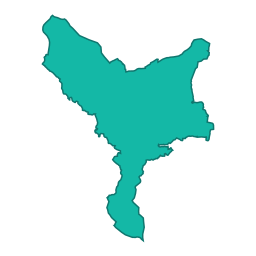 outline of Pringsewu, Lampung, Indonesia
{"feature_id": "22746128B80903663444835", "entity_name": "Pringsewu", "entity_type": "district", "adm_level": 2, "iso_a3": "IDN", "parent_name": "Indonesia", "parent_adm1": "Lampung", "projection": "mercator", "projection_center": [104.953, -5.369], "detail": "fine", "context": "isolated", "style": "filled", "palette": "teal", "viewbox_px": 256, "rotation_deg": 0, "n_neighbors": 0, "source": "geoboundaries", "source_scale": "gbopen_adm2", "svg_char_len": 5807}
<svg xmlns="http://www.w3.org/2000/svg" viewBox="0 0 256 256"><path d="M60.8,19.1L57.7,17.7L54.2,16.8L52.5,15.4L51.1,16.6L50.1,18.8L45.9,22.7L43.8,25.0L43.0,27.0L42.8,30.0L43.5,32.0L47.1,35.8L49.1,39.5L49.6,42.4L49.4,45.7L48.2,52.9L48.1,54.7L46.5,54.5L45.9,54.9L45.6,56.3L44.9,56.6L44.2,57.3L44.7,58.8L44.7,60.5L44.2,61.8L43.1,62.9L42.4,64.0L43.9,65.3L44.8,65.6L44.9,66.3L46.6,67.8L47.7,69.1L49.1,70.1L49.2,70.4L49.4,70.4L49.8,71.1L50.8,71.3L52.8,72.6L55.0,74.9L56.6,76.8L57.0,76.8L58.2,77.4L58.8,78.3L59.7,78.6L60.2,79.1L59.6,79.8L59.6,80.5L59.7,81.2L61.1,82.4L61.9,83.5L61.9,86.9L61.7,87.6L61.7,88.5L62.7,90.2L63.1,92.7L63.6,93.8L64.4,94.0L65.5,94.0L66.1,94.3L67.6,96.1L68.0,97.4L68.0,98.4L68.5,98.6L69.4,99.9L69.8,99.8L69.4,98.3L70.8,97.4L71.3,97.4L71.8,98.2L72.1,100.1L72.8,101.2L74.8,102.4L75.4,102.4L75.7,101.6L76.5,101.2L77.8,101.7L78.0,103.5L79.1,104.5L80.0,105.5L81.1,106.0L81.8,107.1L82.5,108.6L82.5,110.2L83.2,110.5L84.4,110.4L84.4,110.6L85.2,110.8L86.3,111.7L88.2,112.2L88.2,112.9L87.9,113.9L88.7,114.4L90.6,114.5L92.0,114.9L92.8,114.8L93.7,113.9L95.4,114.0L95.0,114.7L96.6,118.5L97.7,122.9L97.4,123.7L97.4,124.6L96.2,126.1L95.9,127.2L96.1,128.1L96.8,128.2L97.0,128.4L97.5,128.7L97.5,128.9L97.0,129.7L95.9,129.7L95.9,130.2L95.1,130.2L94.9,130.7L95.0,131.8L95.5,132.7L95.9,132.3L97.2,133.5L98.9,134.6L98.6,135.9L98.7,136.6L99.4,136.7L99.8,136.3L100.1,134.3L100.9,133.5L103.6,133.9L104.1,136.4L105.0,137.2L106.6,137.5L108.2,140.9L108.3,143.0L108.6,143.4L109.6,143.4L110.5,143.6L112.9,145.8L114.6,145.6L115.2,145.8L114.3,147.3L114.8,148.3L116.9,149.6L120.4,150.8L120.4,151.9L120.6,153.4L120.0,153.2L119.5,152.8L118.6,152.7L118.2,152.9L117.3,154.8L117.4,156.2L115.2,156.4L114.5,156.7L112.7,159.7L114.2,161.5L116.6,163.6L118.4,164.7L118.9,165.4L119.9,165.9L120.0,167.4L120.4,167.8L120.5,169.1L121.5,170.1L121.1,170.5L121.1,171.4L120.7,172.2L120.7,172.8L120.8,173.8L121.5,174.3L122.0,175.3L122.1,176.0L120.9,179.7L119.1,181.4L118.5,182.3L118.0,185.1L117.7,185.9L116.7,187.0L115.9,190.1L116.1,191.2L116.0,192.9L114.1,194.6L112.0,194.6L110.8,195.2L109.2,195.3L108.5,196.5L108.0,196.7L108.0,197.3L107.1,197.7L108.9,201.6L106.9,207.7L107.7,209.7L108.4,213.1L110.0,215.0L111.4,217.3L112.4,218.4L116.2,221.9L115.6,222.7L115.1,223.8L115.1,224.2L114.7,224.7L114.5,225.6L114.2,225.6L115.7,227.5L121.7,232.3L125.4,234.8L132.3,237.3L135.6,237.4L136.6,237.0L137.7,237.0L139.2,237.3L140.1,237.7L141.0,238.4L141.2,239.0L143.2,240.6L142.7,237.7L142.7,234.2L144.2,227.3L143.6,221.9L143.3,218.0L140.3,215.2L138.9,214.3L138.6,211.5L138.8,207.6L133.0,202.2L132.8,201.5L132.1,200.6L134.3,197.9L135.5,193.4L136.0,189.6L135.2,187.6L135.4,186.4L139.6,183.0L140.2,182.4L140.5,181.8L140.6,180.9L140.5,180.1L139.0,177.0L139.9,175.9L141.0,175.8L141.5,175.0L143.1,173.6L142.8,172.7L143.4,171.9L142.2,169.6L142.3,168.4L142.6,167.9L143.2,165.6L144.7,164.6L146.2,162.0L146.2,160.6L146.1,160.3L147.3,159.9L150.0,160.2L151.5,159.4L152.4,159.7L152.9,160.0L153.5,159.9L154.1,159.2L154.8,159.2L155.3,159.0L155.8,158.5L157.2,158.7L157.6,158.4L158.0,157.7L158.5,157.7L159.1,156.8L159.8,156.5L160.0,155.6L160.3,155.3L161.7,156.1L162.3,156.2L164.6,156.1L164.9,155.2L164.6,154.7L164.5,154.0L165.0,153.7L165.6,153.6L167.1,155.1L167.9,155.2L170.3,152.2L171.4,151.4L171.9,150.5L172.7,150.2L171.4,148.8L171.0,147.9L170.6,147.9L170.0,149.0L168.2,149.3L168.3,149.0L169.0,148.9L168.8,148.5L168.5,148.4L168.3,148.0L167.7,147.7L168.0,146.9L168.0,146.4L166.3,146.8L163.9,146.4L163.6,146.7L161.4,146.6L160.1,147.0L159.0,146.6L158.4,146.0L158.3,145.3L158.6,144.4L159.5,145.0L160.8,144.6L162.9,144.7L163.3,144.4L164.9,144.7L167.6,144.4L168.1,143.7L168.5,143.5L168.6,143.2L168.8,143.0L169.4,142.9L170.1,143.4L170.6,143.2L170.8,142.8L172.4,141.4L173.5,140.0L174.9,139.8L176.6,138.0L180.0,139.5L181.0,140.4L182.3,140.6L182.8,140.0L182.7,138.5L185.3,138.5L185.6,138.1L185.6,137.6L186.2,137.4L188.1,136.3L189.3,136.0L189.8,136.3L192.7,136.0L194.1,136.6L195.4,136.6L195.5,136.8L197.1,136.5L197.1,137.2L201.5,136.9L205.4,137.3L206.1,136.9L206.5,137.3L206.0,139.0L206.2,140.3L207.9,140.7L208.4,140.4L209.0,139.3L209.4,136.4L210.0,133.7L209.9,132.2L210.5,130.0L211.1,129.6L213.4,129.4L213.6,129.3L213.5,125.1L212.9,123.6L212.2,123.2L207.2,122.1L207.8,117.1L208.1,116.3L207.5,116.2L208.2,115.7L208.1,115.3L206.5,113.6L205.6,111.7L205.6,111.0L204.9,110.0L203.0,109.4L203.0,108.3L203.5,107.7L203.2,107.5L203.5,106.8L203.2,105.5L203.4,104.5L203.0,103.3L202.5,103.2L202.3,103.0L202.2,102.4L201.5,102.0L200.0,102.0L199.1,102.3L197.0,102.7L194.7,102.3L192.4,103.1L191.8,102.6L192.3,101.5L193.7,101.0L193.7,100.6L193.0,97.5L193.2,96.9L192.9,95.3L191.9,90.8L192.0,89.8L191.5,89.3L191.4,88.8L191.6,88.6L191.3,88.2L191.3,87.2L191.1,86.7L191.5,85.7L191.5,84.5L190.9,83.1L191.1,82.0L191.4,81.4L191.1,80.3L195.5,68.7L197.2,67.3L198.0,61.9L201.2,61.1L203.6,59.1L206.9,58.9L208.2,55.9L208.7,55.1L209.0,55.1L209.2,52.5L207.8,50.9L208.3,50.9L208.7,50.4L208.8,47.3L209.3,45.7L209.6,43.5L205.9,41.5L203.8,40.0L201.5,38.8L197.8,39.2L194.0,40.0L193.6,40.9L193.4,40.9L191.8,43.5L191.2,46.0L189.2,48.2L187.2,49.8L184.5,51.3L183.2,52.6L182.2,54.0L178.7,56.0L173.8,56.9L170.4,57.2L168.3,57.7L167.0,57.7L165.4,58.2L162.6,59.3L158.0,62.2L157.8,60.4L158.1,59.4L157.5,59.2L156.8,59.2L153.0,61.7L150.7,62.8L150.2,64.0L149.7,64.5L148.3,65.1L146.2,66.6L145.1,67.1L145.3,68.3L141.4,68.6L138.9,68.5L137.2,69.0L135.3,70.4L133.5,71.0L128.7,71.1L127.0,71.7L125.9,71.9L125.6,69.3L124.9,69.1L124.9,67.3L124.5,65.2L123.5,64.5L123.3,64.1L122.7,64.0L122.8,63.6L122.0,62.9L121.3,61.8L120.5,61.4L119.8,60.6L118.8,60.5L118.2,60.1L118.2,59.4L117.4,58.7L114.9,59.9L114.5,60.3L113.2,60.7L110.5,62.1L109.8,63.1L104.4,56.9L101.4,52.9L100.9,47.0L97.6,43.0L97.1,42.7L89.0,39.8L79.5,35.6L72.8,28.4L69.9,25.8L69.0,23.9L66.1,20.1L64.5,19.0L63.1,19.4L60.8,19.1Z" fill="#14b8a6" stroke="#0f766e" stroke-width="1.5"/></svg>